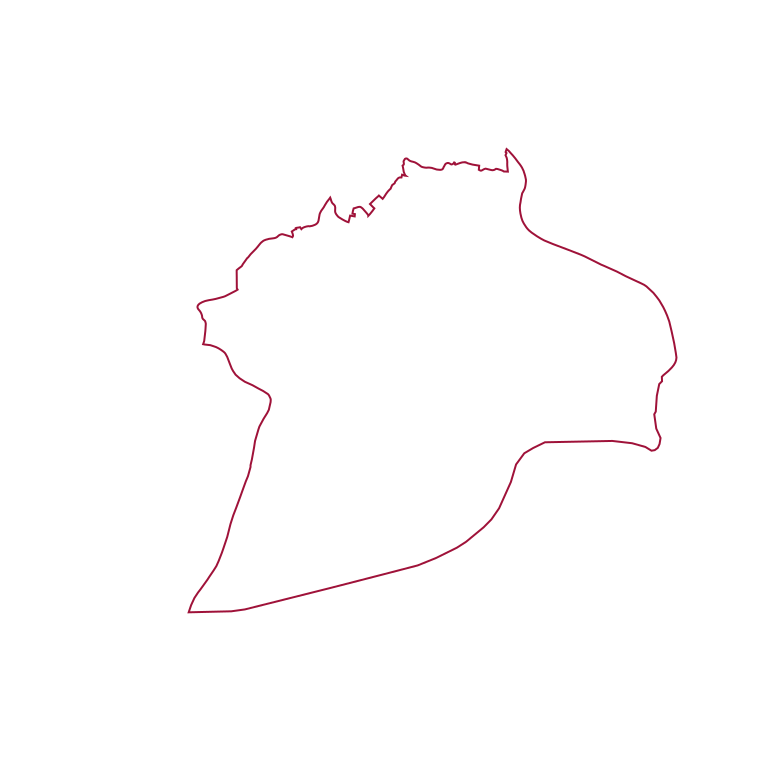 Tien Hai, Thái Bình, Vietnam (orthographic projection), rotated 61°
{"feature_id": "81297802B12405297659236", "entity_name": "Tien Hai", "entity_type": "district", "adm_level": 2, "iso_a3": "VNM", "parent_name": "Vietnam", "parent_adm1": "Thái Bình", "projection": "orthographic", "projection_center": [106.496, 20.36], "detail": "fine", "context": "isolated", "style": "outline", "palette": "rose", "viewbox_px": 768, "rotation_deg": 61, "n_neighbors": 0, "source": "geoboundaries", "source_scale": "gbopen_adm2", "svg_char_len": 6129}
<svg xmlns="http://www.w3.org/2000/svg" viewBox="0 0 768 768"><g transform="rotate(61 384 384)"><path d="M489.0,665.5L508.8,627.7L513.7,615.0L536.1,530.9L550.0,477.5L559.0,442.5L561.4,423.0L562.5,399.6L561.8,388.7L557.6,366.2L554.5,355.7L548.5,343.6L531.2,320.5L518.4,307.5L512.6,294.9L512.3,284.5L513.0,271.5L544.5,211.9L556.1,195.7L565.8,185.9L572.0,182.4L573.1,179.3L572.6,175.5L570.1,172.1L565.3,168.3L555.0,167.5L541.5,162.3L539.9,159.7L526.6,151.1L517.5,143.3L516.4,139.5L512.4,137.5L511.8,135.6L510.5,129.0L509.1,124.2L507.9,121.3L506.4,118.8L504.8,117.0L502.7,115.4L498.3,113.7L488.9,110.4L477.3,106.9L467.6,104.2L461.4,103.2L456.2,102.7L452.1,102.5L444.4,102.7L440.0,103.3L434.9,104.2L429.7,105.9L426.0,107.1L423.4,108.4L420.5,110.4L414.2,115.0L406.9,120.3L398.6,125.8L387.3,134.3L384.9,136.2L369.7,146.6L366.3,149.2L355.5,158.2L343.6,168.3L336.2,174.2L333.1,176.2L328.9,178.6L323.1,181.5L320.0,182.7L317.7,183.3L315.8,183.6L311.5,183.9L308.4,183.8L305.1,183.2L301.0,182.0L298.1,180.9L295.6,179.7L293.4,178.3L291.1,176.4L288.5,174.4L284.2,170.7L283.5,169.5L282.2,167.5L281.3,166.2L280.2,165.1L279.0,164.1L278.1,163.4L275.6,161.6L274.1,160.8L270.5,159.7L268.3,159.2L266.6,158.9L265.3,158.6L263.4,158.5L261.7,158.4L259.7,158.5L257.8,158.7L254.8,159.2L252.6,159.5L250.3,159.8L248.7,160.1L246.5,160.5L243.2,161.3L240.8,161.8L238.0,162.9L240.1,165.2L241.4,164.9L242.8,166.8L245.5,167.0L247.5,167.6L249.7,168.6L251.0,169.4L253.1,170.5L258.3,172.7L256.2,176.2L255.8,176.4L254.9,176.9L253.5,178.1L251.4,180.1L251.0,180.5L250.1,181.7L250.2,183.2L250.1,184.2L249.9,184.7L249.6,185.5L249.0,186.3L248.1,187.3L245.2,190.4L244.9,190.8L244.8,191.1L244.6,192.3L244.6,194.5L244.6,195.2L244.4,195.7L244.1,196.2L243.2,196.8L242.6,197.2L239.2,194.9L236.2,198.7L235.1,200.1L232.9,202.4L231.6,203.7L231.0,204.1L230.6,204.4L230.2,204.7L229.9,204.9L229.7,205.4L229.6,205.6L229.4,205.7L229.2,205.7L228.1,208.2L227.6,210.2L226.9,214.5L226.8,215.1L226.7,215.3L226.3,215.5L226.1,215.5L225.3,214.9L225.1,214.8L224.8,214.8L224.6,214.9L224.4,215.0L224.2,215.3L224.7,216.1L224.8,216.5L224.9,217.0L224.9,217.7L224.8,218.1L224.7,218.5L224.2,219.0L222.9,219.7L222.2,220.3L221.8,220.7L221.5,221.3L221.4,221.7L221.3,222.5L221.3,222.9L221.3,223.4L221.9,224.6L222.6,225.6L223.1,226.5L223.8,227.4L224.4,228.4L224.5,228.8L224.5,229.2L224.3,230.2L223.9,231.1L222.4,233.3L221.8,234.1L220.9,234.9L219.2,236.5L218.2,237.4L217.0,239.0L216.0,240.6L215.6,241.7L215.2,242.3L214.7,243.1L213.9,244.1L213.1,245.0L212.5,245.6L211.9,246.0L211.4,246.3L210.4,246.7L209.2,247.2L206.7,248.5L205.6,249.2L205.3,249.4L204.3,250.3L203.4,251.2L202.9,251.8L202.4,252.3L201.9,252.7L201.0,253.4L200.5,253.6L198.9,254.2L198.0,254.6L197.7,254.9L197.6,255.2L197.4,255.5L197.3,256.0L197.3,256.6L197.7,257.3L198.4,258.5L198.7,258.9L198.9,259.0L200.9,259.8L201.3,260.0L201.5,260.3L201.7,260.5L201.8,261.0L201.9,261.5L202.0,261.9L202.8,262.1L203.8,262.4L204.7,262.7L206.4,263.3L207.2,263.6L208.1,263.9L208.9,264.0L210.5,264.2L211.6,264.2L211.9,264.2L212.4,264.0L211.6,265.1L209.7,266.7L211.8,268.6L211.3,269.5L210.9,270.3L210.8,271.5L211.1,272.6L211.6,273.8L212.1,275.1L212.4,276.0L213.6,277.4L214.0,280.4L215.3,282.2L216.4,283.5L216.6,284.5L217.4,287.1L218.6,289.8L220.4,293.1L221.4,295.4L216.7,297.1L216.9,297.7L217.7,301.3L219.0,306.1L219.8,309.0L222.0,308.4L224.5,307.7L225.7,307.3L227.1,310.3L228.6,314.0L229.3,316.2L229.1,316.1L228.2,316.0L227.3,316.1L225.7,316.4L220.2,317.6L219.2,318.0L218.3,318.4L217.6,318.9L217.2,319.5L216.7,320.7L216.0,324.3L215.7,325.4L217.6,327.3L219.7,329.0L221.3,327.1L223.2,328.4L220.3,332.0L224.4,335.7L225.3,336.6L224.4,337.5L222.7,338.8L219.9,340.6L216.5,342.5L215.7,342.9L214.4,343.2L212.5,343.5L211.3,343.5L210.3,343.4L209.4,343.1L208.5,342.6L207.0,341.7L206.4,341.3L205.7,341.0L205.0,340.8L204.1,340.6L202.6,340.9L201.2,341.4L200.6,341.5L199.4,341.5L198.0,341.3L196.8,341.0L195.7,340.8L194.9,340.7L195.5,341.9L197.0,345.5L198.9,348.9L200.2,351.0L201.5,353.7L202.1,355.0L202.9,356.2L203.6,357.2L204.3,358.0L209.4,362.1L210.0,362.8L210.5,363.4L210.9,364.3L211.1,364.9L211.2,365.4L211.3,366.2L211.3,366.9L211.2,367.8L211.0,369.3L210.8,370.3L210.4,371.4L210.1,372.5L209.5,373.3L209.2,373.9L209.0,374.5L208.7,375.3L208.3,377.0L208.1,378.5L208.1,379.3L208.2,380.2L208.5,381.2L206.2,381.4L205.7,383.0L205.1,384.5L204.9,385.5L206.0,385.8L205.6,386.8L205.7,387.8L205.9,390.7L207.3,390.9L208.5,391.1L209.9,391.5L210.5,391.9L211.2,393.0L210.3,393.7L208.5,395.4L204.3,399.6L203.9,400.0L203.5,400.7L203.3,401.3L203.1,402.2L203.0,403.5L203.4,405.5L203.6,406.3L203.6,407.1L203.6,407.6L203.5,408.2L203.3,409.1L202.7,410.7L201.3,414.2L200.9,416.0L200.6,417.0L200.3,419.1L200.3,420.3L200.6,422.1L200.8,423.1L201.1,424.0L202.3,427.0L202.5,427.4L203.7,430.6L205.8,437.7L207.4,441.5L207.5,442.3L207.8,443.1L210.6,449.0L211.0,449.8L211.6,450.6L211.9,451.2L212.1,452.2L212.5,455.0L213.0,457.6L213.4,457.9L218.8,460.8L228.9,466.3L230.5,466.3L230.6,468.8L230.5,471.9L230.4,475.1L230.2,480.4L229.9,482.2L228.0,489.9L227.0,493.1L225.8,496.5L225.2,498.5L224.7,500.3L224.3,503.4L224.3,505.5L224.3,506.4L224.5,507.0L224.6,507.7L225.0,508.5L225.3,509.0L225.8,509.5L226.2,509.8L226.7,510.0L227.2,510.1L227.9,510.2L229.3,510.0L230.8,509.7L231.8,509.6L232.7,509.6L233.5,509.6L234.8,509.8L235.9,510.0L237.9,510.8L239.0,510.9L239.5,510.8L240.4,510.5L242.0,510.0L242.5,510.0L243.8,510.3L244.8,510.6L245.5,511.0L248.8,513.1L251.1,514.6L258.8,520.1L259.6,520.8L261.5,522.9L262.6,521.6L265.8,517.1L268.6,514.5L270.4,512.9L272.6,511.4L275.3,509.9L277.7,508.8L279.3,508.2L280.6,508.0L284.3,508.0L292.1,509.1L296.7,509.7L299.5,509.7L303.9,509.3L309.0,507.5L314.6,504.6L321.3,499.6L327.1,496.0L331.5,493.1L336.8,490.3L338.4,490.1L341.7,490.3L342.9,490.7L344.9,492.0L350.7,497.2L352.8,500.3L356.0,506.1L360.8,513.6L362.9,515.9L371.3,524.4L376.5,528.4L385.9,536.1L390.3,540.1L391.9,541.0L398.7,547.7L402.1,552.0L408.9,559.8L413.3,564.8L420.7,573.4L422.2,575.2L425.8,579.5L432.1,586.2L441.7,595.2L449.4,603.6L452.9,607.5L458.7,614.5L462.0,618.9L464.4,623.3L468.1,630.6L469.5,633.2L474.7,644.2L476.2,647.7L479.2,653.5L483.9,659.9L489.0,665.5Z" fill="none" stroke="#9f1239" stroke-width="2"/></g></svg>